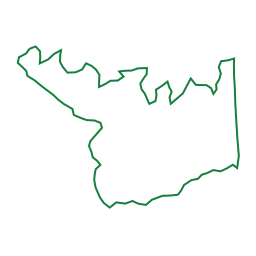 Jardinópolis, Santa Catarina, Brazil (Equal Earth projection), rotated 91°
{"feature_id": "56859067B41532106575458", "entity_name": "Jardinópolis", "entity_type": "district", "adm_level": 2, "iso_a3": "BRA", "parent_name": "Brazil", "parent_adm1": "Santa Catarina", "projection": "equal_earth", "projection_center": [-52.883, -26.726], "detail": "fine", "context": "isolated", "style": "outline", "palette": "green", "viewbox_px": 256, "rotation_deg": 91, "n_neighbors": 0, "source": "geoboundaries", "source_scale": "gbopen_adm2", "svg_char_len": 1513}
<svg xmlns="http://www.w3.org/2000/svg" viewBox="0 0 256 256"><g transform="rotate(91 128 128)"><path d="M56.7,23.1L58.5,28.8L59.6,36.1L65.7,38.3L71.9,36.1L77.9,37.7L82.9,40.7L87.8,40.1L92.4,43.2L86.6,45.7L83.8,50.3L83.7,60.9L77.4,66.1L85.7,70.4L92.6,73.8L98.0,80.0L103.0,85.6L96.6,87.0L90.8,85.0L86.6,87.4L80.9,89.3L85.3,94.8L89.2,100.7L94.7,100.1L100.6,101.0L103.5,107.1L98.2,109.6L93.4,111.8L89.1,115.1L83.5,116.5L78.6,113.6L73.7,110.2L67.7,110.2L68.2,119.1L70.5,125.4L70.8,131.5L71.6,137.8L76.7,133.4L80.7,139.0L81.1,146.4L84.6,151.8L87.5,157.7L81.4,157.7L75.4,157.5L70.3,160.9L66.6,165.4L64.1,171.0L70.3,175.0L73.2,181.2L73.7,189.5L68.2,194.2L63.2,197.1L56.9,197.1L51.4,196.3L55.2,203.2L60.8,209.0L65.0,217.4L59.4,217.0L52.9,217.3L48.1,221.7L50.5,227.8L55.3,231.2L59.2,238.3L64.8,239.3L68.4,235.2L72.6,230.8L77.7,229.4L81.8,222.5L88.1,214.5L92.5,208.4L96.3,203.2L100.7,198.5L105.1,192.6L109.9,183.9L115.9,182.4L118.7,175.6L120.8,169.5L121.1,161.5L123.3,155.7L128.2,154.0L141.8,165.4L146.7,166.7L152.5,164.2L158.0,162.7L161.2,158.4L165.4,155.0L169.8,159.6L175.3,160.5L180.6,160.9L188.2,159.3L193.6,156.8L198.4,154.6L203.5,150.7L207.9,144.9L202.6,138.4L203.6,129.3L200.9,122.2L203.5,116.5L204.6,108.8L199.3,102.8L195.2,92.3L194.7,83.4L193.8,76.9L189.8,73.9L184.0,71.0L179.0,63.7L177.6,57.2L173.4,53.4L171.6,47.9L168.6,42.0L169.7,34.7L166.6,28.4L162.9,22.5L166.1,18.2L154.1,16.7L136.0,18.5L115.8,20.1L102.1,21.1L86.2,21.9L73.5,22.9L62.9,23.2L56.7,23.1Z" fill="none" stroke="#15803d" stroke-width="2"/></g></svg>